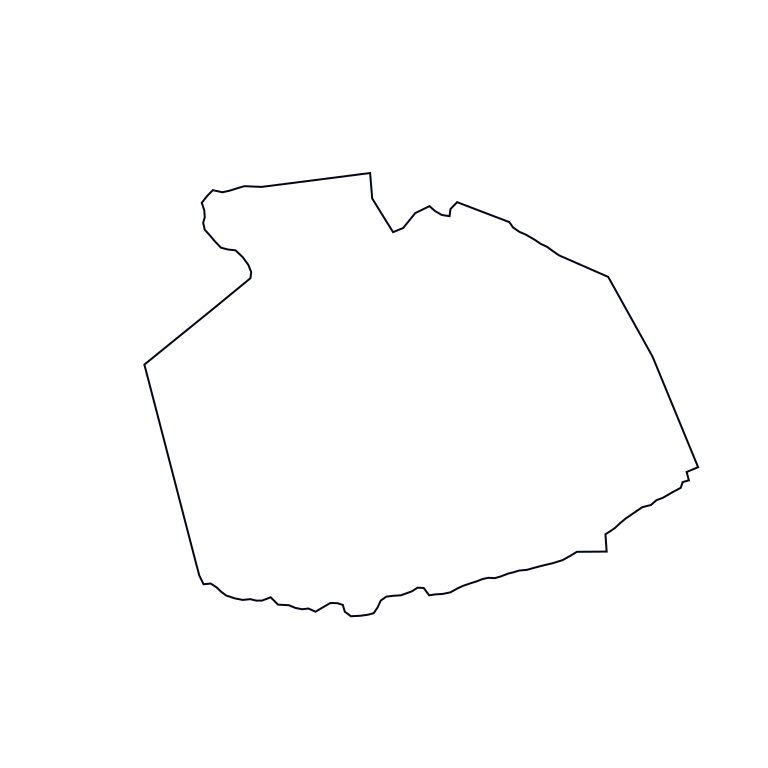 the district of Forquilha, Ceará, Brazil, rotated 63°
{"feature_id": "56859067B46311901336077", "entity_name": "Forquilha", "entity_type": "district", "adm_level": 2, "iso_a3": "BRA", "parent_name": "Brazil", "parent_adm1": "Ceará", "projection": "orthographic", "projection_center": [-40.207, -3.827], "detail": "fine", "context": "isolated", "style": "outline", "palette": "ink", "viewbox_px": 768, "rotation_deg": 63, "n_neighbors": 0, "source": "geoboundaries", "source_scale": "gbopen_adm2", "svg_char_len": 1641}
<svg xmlns="http://www.w3.org/2000/svg" viewBox="0 0 768 768"><g transform="rotate(63 384 384)"><path d="M480.5,635.7L483.1,629.0L489.2,625.5L495.2,623.4L500.7,620.7L507.5,614.0L512.3,607.8L515.0,600.8L518.9,596.3L521.6,591.1L522.6,581.8L532.5,578.6L537.9,569.2L543.3,564.6L547.5,559.2L549.8,553.2L555.8,548.4L555.3,540.6L554.8,531.3L558.0,525.2L562.1,521.0L569.1,522.3L575.9,518.9L579.7,510.5L582.4,502.7L583.5,497.2L580.2,491.2L575.5,485.2L574.5,478.5L576.9,471.9L579.9,465.0L581.4,453.3L580.7,446.6L583.8,441.2L592.8,439.7L594.7,433.9L597.7,427.1L599.8,419.3L599.5,411.8L599.7,405.4L600.9,397.0L601.9,391.2L602.5,384.9L604.0,379.1L607.3,373.4L608.5,367.2L609.3,359.3L610.6,353.9L611.5,348.5L614.5,340.9L616.3,331.9L618.1,323.8L620.2,315.3L622.0,304.9L621.7,296.7L621.1,288.3L634.4,261.7L618.4,254.9L617.9,249.4L617.2,243.8L615.1,236.5L613.5,229.3L611.0,209.7L613.0,201.2L611.2,194.0L612.0,187.3L611.4,176.0L611.2,166.7L607.0,162.4L608.2,156.1L599.8,154.3L600.7,141.9L481.7,132.3L390.4,135.6L348.9,169.6L342.1,173.3L336.0,176.3L330.2,180.8L324.0,184.2L315.3,189.8L309.9,194.3L303.0,198.0L296.7,198.8L255.2,236.3L258.3,245.3L264.2,249.4L259.7,255.7L253.1,260.0L246.2,262.7L245.9,278.6L253.7,296.1L252.8,307.0L213.4,310.3L189.7,300.6L152.8,403.6L144.3,418.7L143.2,424.7L141.6,434.1L139.8,440.9L133.6,448.5L136.3,456.6L139.8,464.1L147.7,465.3L154.2,468.1L158.2,471.9L165.1,473.7L172.4,471.7L179.5,470.1L188.5,467.4L193.3,462.0L197.5,455.6L206.8,452.3L216.1,450.8L224.0,451.5L229.1,455.0L239.3,501.4L257.9,588.7L308.6,599.8L407.3,621.6L428.6,626.3L460.4,633.3L470.6,635.5L480.5,635.7Z" fill="none" stroke="#020617" stroke-width="2"/></g></svg>